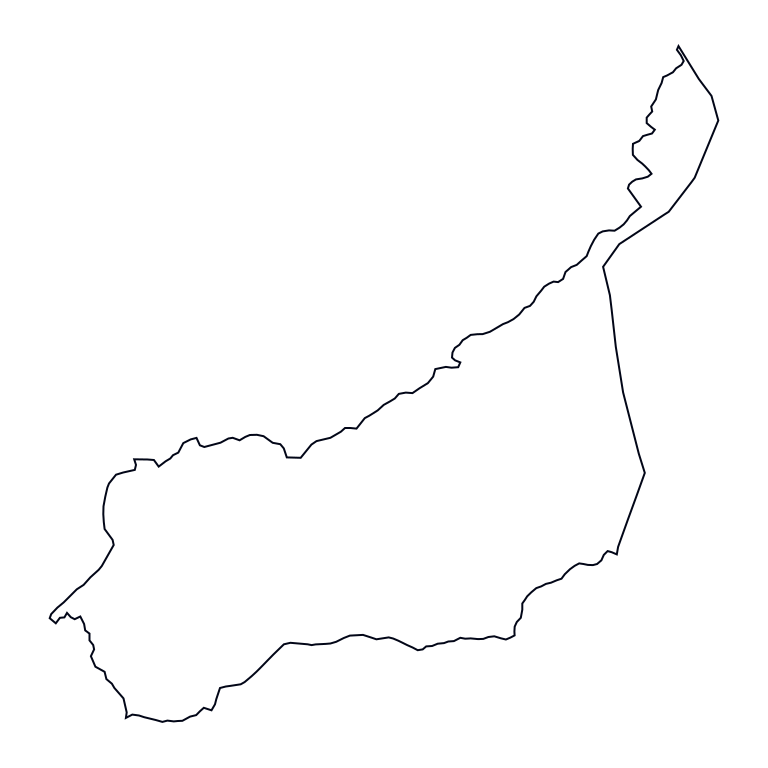 outline of Tianguá, Ceará, Brazil
{"feature_id": "56859067B23050099272631", "entity_name": "Tianguá", "entity_type": "district", "adm_level": 2, "iso_a3": "BRA", "parent_name": "Brazil", "parent_adm1": "Ceará", "projection": "mercator", "projection_center": [-41.046, -3.659], "detail": "fine", "context": "isolated", "style": "outline", "palette": "ink", "viewbox_px": 768, "rotation_deg": 0, "n_neighbors": 0, "source": "geoboundaries", "source_scale": "gbopen_adm2", "svg_char_len": 3533}
<svg xmlns="http://www.w3.org/2000/svg" viewBox="0 0 768 768"><path d="M125.9,717.9L132.3,714.6L139.0,715.5L144.2,717.2L155.7,720.0L162.4,721.9L167.4,720.6L173.8,721.4L177.9,721.0L182.4,720.8L190.1,716.6L196.2,715.1L199.9,711.3L203.8,707.8L211.5,710.3L215.0,704.3L216.3,699.1L220.0,688.0L225.8,686.5L230.2,685.9L240.7,684.3L244.6,682.1L251.6,676.2L256.6,671.6L260.8,667.4L265.0,663.1L267.8,660.2L273.5,654.4L283.9,644.3L290.4,642.8L307.7,644.3L311.6,645.1L315.6,644.4L325.6,643.9L330.4,643.5L336.2,641.8L343.8,638.0L349.9,635.6L363.0,634.9L371.4,637.6L376.4,639.3L388.7,637.4L393.1,638.5L398.3,640.7L402.6,642.8L407.2,645.1L412.6,647.5L417.7,650.2L422.7,649.4L426.2,646.4L432.1,646.0L437.7,643.7L444.0,643.1L448.3,641.5L453.9,641.1L460.3,637.8L465.2,638.7L470.7,638.4L478.1,639.1L483.3,638.9L488.4,637.0L494.3,636.3L500.9,638.3L505.9,639.5L510.4,637.6L514.6,635.4L514.4,631.4L514.7,626.6L516.8,622.0L520.8,617.8L522.3,609.7L522.3,603.5L524.8,600.0L527.2,596.3L531.3,592.3L536.3,588.1L541.2,586.4L545.9,583.9L551.0,582.7L556.7,580.3L561.5,578.7L564.8,574.2L570.1,569.1L574.7,565.8L579.2,563.4L583.4,564.0L587.8,564.9L592.9,565.1L597.1,564.0L601.4,560.3L603.8,554.9L607.6,551.1L611.7,552.2L616.8,554.4L618.1,546.9L628.1,519.0L636.5,496.0L644.8,472.9L638.8,453.7L623.1,392.4L615.8,346.8L614.1,331.6L611.7,310.1L609.9,295.2L603.1,266.8L619.3,244.1L664.6,214.4L668.7,211.8L691.8,181.7L694.7,177.7L718.3,120.5L711.5,95.9L698.9,79.1L678.5,46.1L676.9,49.8L680.9,55.3L683.7,61.0L681.5,64.8L676.1,68.3L673.0,72.2L667.0,75.5L663.2,77.1L661.6,83.0L658.2,90.0L657.2,94.0L655.9,99.4L651.2,106.5L652.2,111.5L649.5,114.4L646.7,117.6L646.7,123.1L651.1,126.9L654.8,129.7L652.0,133.5L647.6,134.7L643.0,136.1L639.3,140.9L633.0,143.8L632.7,148.8L632.9,154.9L637.5,160.0L642.1,163.5L645.2,166.4L648.9,170.3L651.5,173.8L647.8,176.7L642.3,178.4L636.0,179.4L632.2,181.7L629.1,184.6L627.9,188.5L641.0,206.7L629.8,216.1L627.0,220.4L623.7,224.3L619.6,227.6L614.6,230.7L609.0,230.4L602.7,231.4L598.3,233.6L594.2,239.7L590.8,246.2L588.4,251.7L586.7,256.1L581.4,260.7L576.7,264.9L571.1,267.1L565.5,272.0L563.1,278.9L558.1,282.1L553.6,281.6L549.1,283.6L544.2,286.7L541.3,290.5L536.4,296.3L533.7,301.8L530.0,305.9L524.5,307.9L519.2,314.5L513.5,319.1L507.9,322.2L503.0,324.1L489.9,331.8L482.7,334.1L477.4,334.2L470.7,334.9L466.7,337.8L462.7,340.2L459.4,344.8L454.9,347.9L452.5,352.5L452.0,357.6L455.0,360.3L460.3,362.4L458.2,367.2L451.5,367.7L445.9,366.9L435.3,369.1L433.2,376.6L427.9,383.1L419.6,388.2L412.5,393.1L405.8,392.6L398.8,393.9L394.8,398.5L390.0,401.4L383.7,404.9L377.7,410.4L369.3,415.7L364.8,418.1L356.5,428.6L350.3,428.0L345.0,428.0L340.9,431.7L330.4,437.8L316.5,441.1L311.4,444.6L300.7,457.8L286.8,457.4L283.8,448.4L280.3,444.2L272.7,442.8L263.6,436.2L256.9,434.8L249.9,435.0L245.3,436.9L239.6,440.3L232.7,437.8L228.4,438.5L220.5,442.7L204.3,447.0L199.9,445.3L196.5,437.9L190.7,439.4L183.3,443.1L178.3,452.6L173.0,455.2L170.3,458.5L165.6,461.3L158.7,466.6L153.9,460.0L147.6,459.5L134.2,459.3L136.0,464.9L134.8,469.9L123.2,472.5L116.0,474.7L109.0,483.5L107.4,487.5L105.3,496.6L103.5,506.3L103.3,514.2L103.8,522.1L104.6,529.0L112.6,539.9L113.7,545.0L101.8,566.0L98.7,569.8L90.4,577.3L83.6,584.9L76.8,589.3L63.7,602.4L57.4,607.6L51.2,614.1L49.7,618.2L55.8,623.3L59.9,617.8L64.4,617.4L67.0,612.9L70.8,617.2L74.7,619.2L80.3,616.5L84.1,624.0L85.2,630.4L89.5,633.6L89.5,640.4L93.2,645.0L94.1,649.4L90.9,656.2L95.4,666.7L104.6,671.8L106.4,679.1L111.9,683.7L114.4,688.0L123.5,698.4L126.7,712.4L125.9,717.9Z" fill="none" stroke="#020617" stroke-width="2"/></svg>